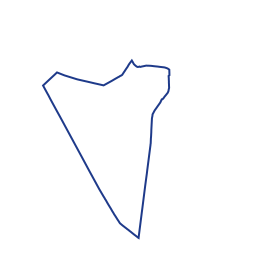 Ash Shaykh Othman, `Adan, Yemen (Natural Earth projection), rotated 138°
{"feature_id": "15242507B79114247407724", "entity_name": "Ash Shaykh Othman", "entity_type": "district", "adm_level": 2, "iso_a3": "YEM", "parent_name": "Yemen", "parent_adm1": "`Adan", "projection": "natural_earth1", "projection_center": [45.012, 12.885], "detail": "fine", "context": "isolated", "style": "outline", "palette": "blue", "viewbox_px": 256, "rotation_deg": 138, "n_neighbors": 0, "source": "geoboundaries", "source_scale": "gbopen_adm2", "svg_char_len": 2812}
<svg xmlns="http://www.w3.org/2000/svg" viewBox="0 0 256 256"><g transform="rotate(138 128 128)"><path d="M193.7,39.2L193.4,39.5L173.1,57.0L171.1,58.7L154.3,73.2L147.6,78.9L144.4,81.6L141.9,83.8L122.8,100.2L122.6,100.4L122.4,100.6L121.3,101.5L118.1,104.8L116.5,106.3L115.6,107.2L113.6,109.2L111.8,111.1L109.3,113.6L106.8,116.1L103.8,119.1L103.3,119.5L102.1,120.4L101.8,120.6L101.4,121.0L100.6,121.7L100.3,121.8L97.0,123.0L96.5,123.2L94.2,123.7L93.3,123.9L91.2,124.4L89.7,124.7L89.5,124.8L88.4,125.0L88.1,125.1L87.0,125.3L86.9,125.4L86.6,125.5L86.4,125.6L86.0,125.7L85.7,125.9L85.2,126.1L84.8,126.2L84.7,126.2L84.4,126.4L84.1,126.6L83.9,126.6L83.7,126.7L83.4,126.6L82.8,126.3L82.5,126.3L82.0,126.4L81.7,126.4L79.5,126.9L79.3,126.9L78.5,127.0L74.9,127.6L73.2,128.4L72.2,129.2L71.6,129.6L71.1,130.0L70.6,130.3L69.3,131.9L68.0,133.4L67.8,133.7L67.4,134.2L66.3,135.4L65.6,136.3L64.3,137.8L63.7,138.6L63.3,139.1L63.0,139.5L61.9,139.5L60.0,141.7L58.3,143.7L58.3,143.9L58.4,144.3L58.5,144.7L58.6,145.2L58.8,145.8L59.0,146.2L59.1,146.5L59.4,147.0L59.6,147.4L59.7,147.6L59.8,147.7L60.3,148.6L60.8,149.1L60.9,149.3L61.3,149.7L64.1,152.9L65.0,154.0L65.4,154.4L67.3,156.5L69.2,158.7L70.2,159.7L70.6,160.1L71.0,160.5L71.4,160.9L71.9,161.3L72.4,161.9L72.8,162.2L73.8,162.8L74.7,163.3L75.0,163.5L75.4,163.7L76.0,164.1L76.9,164.6L77.3,164.8L78.0,165.2L78.2,165.6L78.4,166.0L78.8,166.1L79.9,166.8L80.4,167.7L80.6,168.6L80.8,170.0L80.9,171.6L80.6,172.8L80.5,173.4L80.3,174.0L80.1,175.1L80.0,175.6L84.1,174.8L85.5,174.4L87.6,173.7L89.4,173.3L91.7,172.7L92.3,172.5L92.9,172.4L96.3,171.5L96.7,171.4L96.8,171.4L97.9,171.5L98.3,171.7L98.6,171.8L99.1,171.9L99.6,172.0L100.0,172.0L100.4,172.1L100.7,172.2L101.0,172.3L102.9,172.7L104.2,173.0L108.6,173.9L117.6,176.0L121.7,181.8L123.0,183.6L125.2,186.8L132.6,197.3L133.4,198.5L140.0,209.6L143.2,216.0L143.6,216.8L147.0,216.7L153.8,216.6L162.7,216.4L163.6,212.7L164.9,207.2L165.2,205.8L165.8,203.5L166.4,201.2L167.2,197.9L169.6,187.8L170.8,182.6L176.4,159.4L182.3,135.0L184.7,125.2L185.4,122.3L190.3,101.7L191.6,95.3L191.7,94.9L191.7,94.6L191.8,94.4L191.9,93.9L192.0,93.4L192.1,92.9L192.1,92.5L192.2,92.0L192.3,91.7L192.4,91.2L192.6,90.5L192.7,89.5L192.9,88.7L193.0,88.1L193.1,87.6L193.3,86.9L193.4,86.3L193.6,85.5L193.8,84.3L194.0,83.5L194.2,82.2L194.4,81.3L194.5,80.6L194.7,79.6L194.9,78.6L195.1,77.8L195.3,76.9L195.5,75.7L195.7,74.6L195.9,73.7L196.0,73.3L196.1,72.9L196.2,71.8L196.3,71.1L196.5,70.4L196.5,69.8L196.6,69.6L196.7,68.8L196.9,67.8L197.1,66.6L197.2,65.8L197.3,65.1L197.5,64.0L197.7,62.8L197.7,62.4L197.5,61.0L197.3,59.5L197.1,58.3L196.9,57.3L196.7,56.1L196.4,54.6L196.2,53.2L195.9,52.0L195.7,50.4L195.4,49.0L195.3,48.1L195.2,47.6L194.9,45.7L194.8,45.1L194.6,44.0L194.3,42.5L194.1,41.3L193.9,40.3L193.8,39.5L193.7,39.2Z" fill="none" stroke="#1e3a8a" stroke-width="2"/></g></svg>